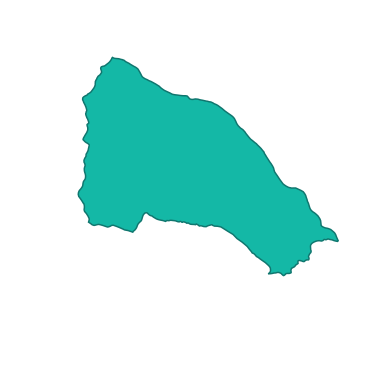 Cabrera, Santander, Colombia (Robinson projection), rotated 126°
{"feature_id": "7082276B49425072231481", "entity_name": "Cabrera", "entity_type": "district", "adm_level": 2, "iso_a3": "COL", "parent_name": "Colombia", "parent_adm1": "Santander", "projection": "robinson", "projection_center": [-73.249, 6.569], "detail": "fine", "context": "isolated", "style": "filled", "palette": "teal", "viewbox_px": 384, "rotation_deg": 126, "n_neighbors": 0, "source": "geoboundaries", "source_scale": "gbopen_adm2", "svg_char_len": 6035}
<svg xmlns="http://www.w3.org/2000/svg" viewBox="0 0 384 384"><g transform="rotate(126 192 192)"><path d="M145.5,45.1L143.6,48.4L142.0,50.8L141.2,52.8L141.0,54.8L140.8,57.7L141.4,60.1L142.0,61.6L142.7,63.0L143.2,64.9L143.4,66.9L143.1,67.9L142.1,68.8L139.6,71.1L138.5,72.9L137.3,76.1L137.0,78.6L136.9,80.5L137.0,82.7L136.8,84.7L136.0,86.8L134.4,89.0L132.7,91.2L131.7,93.1L130.5,94.5L129.2,96.4L127.9,98.1L127.0,100.2L126.4,102.2L126.7,104.9L127.8,110.4L129.0,112.1L130.2,113.6L131.5,116.5L131.9,119.1L132.0,121.4L131.9,123.3L130.1,128.9L128.8,132.3L127.9,134.9L127.2,136.9L126.1,138.4L124.6,140.2L123.6,142.2L122.6,144.7L121.9,146.9L120.5,150.5L119.3,153.6L119.2,153.6L118.2,156.2L117.4,157.2L116.8,159.6L116.2,161.8L115.8,164.2L115.5,166.5L115.1,168.3L115.1,169.9L114.9,172.8L114.8,175.7L114.3,177.9L112.9,183.0L112.4,184.1L111.7,187.3L111.7,189.2L111.8,190.3L111.5,192.1L111.2,193.8L110.3,196.1L109.1,198.1L107.7,200.8L107.3,202.2L107.1,203.4L107.0,204.7L107.1,209.8L107.1,213.1L106.8,216.8L106.8,219.4L106.8,222.1L107.0,223.7L107.6,226.2L107.6,227.3L108.1,229.7L108.8,230.9L109.5,232.8L110.1,233.9L111.5,237.2L112.7,239.7L112.9,240.3L113.4,241.7L114.7,243.9L115.6,244.8L116.3,245.4L116.8,246.0L117.2,246.6L117.6,247.3L117.9,248.2L117.9,249.0L117.6,250.3L117.3,251.6L117.2,252.4L118.0,253.9L118.9,255.1L119.8,256.5L120.9,258.4L122.1,260.7L123.3,262.8L124.2,264.7L124.6,265.9L124.8,267.8L125.4,270.7L126.0,273.8L126.1,275.6L126.1,277.3L126.0,279.1L125.7,280.4L125.8,281.8L126.0,284.9L126.2,286.3L126.3,287.3L126.7,290.2L127.2,292.1L127.5,294.4L128.0,296.6L128.1,299.1L128.0,300.0L127.7,300.8L126.2,303.7L125.5,305.2L124.8,306.8L124.4,307.7L124.2,308.6L124.2,311.0L124.5,312.8L124.9,316.9L124.9,318.4L125.5,322.0L125.4,324.8L125.8,325.5L125.9,326.3L126.5,327.5L126.9,328.7L127.4,329.9L128.1,331.0L129.2,332.9L129.7,334.1L129.8,335.1L129.8,335.4L130.2,335.5L130.6,335.5L131.1,335.4L131.9,335.2L133.7,335.1L134.8,335.1L136.2,335.3L137.7,335.7L139.0,336.1L140.1,336.4L141.0,336.7L141.8,337.1L142.3,337.7L143.2,338.4L144.0,338.9L144.8,338.9L145.3,338.7L145.7,338.5L146.1,338.1L147.4,336.3L148.5,335.4L151.2,335.3L153.6,336.0L155.8,335.8L157.1,335.4L157.8,335.5L158.4,335.3L159.3,335.2L160.1,334.6L160.6,334.4L162.3,333.2L164.1,332.7L165.5,332.5L167.8,332.5L168.9,332.5L170.8,332.6L172.7,333.2L173.4,333.6L174.1,333.9L174.8,333.9L175.6,334.0L176.0,334.3L177.0,334.9L178.9,335.6L179.8,335.7L180.5,335.5L181.1,335.0L181.7,334.7L181.9,334.2L182.3,333.4L182.8,332.8L183.3,332.0L184.5,329.6L185.8,327.5L186.5,326.6L187.6,325.3L188.2,324.9L189.1,324.8L190.2,324.3L191.0,324.1L192.0,323.2L193.7,320.7L194.2,319.5L194.9,318.5L195.9,317.0L196.9,316.1L197.4,316.1L198.7,316.5L199.2,316.5L200.1,315.7L201.1,314.3L202.6,313.1L203.7,312.6L205.1,312.3L205.7,312.1L207.4,312.0L208.7,311.9L212.2,311.5L213.4,311.1L213.8,310.6L213.8,309.9L214.0,309.2L214.2,307.9L214.2,306.5L214.0,305.1L214.1,303.1L214.6,302.6L217.7,301.3L219.4,300.5L222.0,300.0L223.6,299.9L225.6,298.7L227.7,298.6L228.9,298.3L229.9,298.0L231.3,296.9L232.1,295.4L232.7,294.7L233.7,293.8L235.0,293.5L236.4,292.9L237.8,291.8L238.7,290.9L240.1,289.0L241.0,288.0L242.3,287.0L243.6,286.3L244.6,286.0L247.2,286.0L249.0,285.3L250.0,284.7L251.5,284.0L253.0,283.8L254.8,283.8L257.1,284.0L259.0,283.6L260.7,282.7L262.1,281.1L263.4,277.2L264.3,274.8L264.8,273.8L265.2,272.4L266.0,271.4L267.4,270.2L268.8,269.4L269.4,269.1L270.2,268.4L270.9,267.4L271.5,264.8L272.0,263.5L272.7,261.8L273.4,260.6L273.8,259.8L274.5,259.1L276.0,258.4L277.2,258.0L277.1,255.4L277.2,253.5L276.6,251.6L275.5,250.6L274.2,249.6L273.0,248.4L272.2,246.5L271.4,244.3L270.7,242.0L270.0,239.8L269.1,238.9L267.7,238.0L266.3,237.4L265.2,236.3L264.2,233.0L263.5,230.3L262.6,226.2L262.3,224.3L260.7,220.9L259.3,216.3L258.2,216.4L256.6,215.9L254.9,215.8L253.4,215.9L250.1,216.8L247.7,216.7L245.5,216.2L244.3,216.3L242.9,216.8L241.2,217.4L239.6,217.9L237.8,217.9L236.7,217.7L236.0,217.1L235.4,216.4L235.3,215.8L235.4,215.2L235.6,213.5L235.6,212.5L235.4,211.5L235.1,210.7L234.9,210.2L234.9,209.7L235.0,208.7L234.7,205.2L234.4,203.9L233.7,202.0L232.7,199.8L232.1,198.5L231.3,196.1L229.9,195.6L228.7,193.7L227.9,193.2L227.2,192.3L225.5,189.3L225.0,188.3L224.4,186.1L223.7,184.8L222.8,184.4L222.4,183.5L222.4,182.4L222.1,181.9L221.7,181.8L220.9,181.0L220.5,179.6L220.3,178.6L220.3,177.8L219.6,177.2L219.2,176.5L219.2,175.8L219.1,174.9L218.8,174.0L217.9,172.5L217.4,171.8L216.8,170.9L216.6,170.2L216.3,169.9L215.4,169.8L215.1,168.0L215.2,166.4L215.1,165.9L214.5,165.5L213.8,164.4L213.0,162.1L212.1,160.7L211.4,159.9L210.6,159.7L209.7,159.1L207.7,157.5L206.8,156.7L206.8,155.5L206.4,153.8L204.7,151.2L203.3,148.2L203.1,145.9L202.7,139.7L202.2,133.9L203.2,128.2L203.1,122.0L203.4,117.4L203.6,115.2L204.6,112.0L205.3,109.0L205.9,107.5L205.5,105.6L205.8,103.7L206.3,102.0L206.2,101.2L206.0,99.8L206.1,98.2L206.1,95.4L206.0,91.2L206.5,86.7L206.9,85.1L207.5,83.9L209.3,82.3L210.7,81.8L211.7,81.8L212.9,82.1L213.1,81.9L212.0,80.5L210.6,79.1L209.3,78.0L208.8,77.4L208.2,76.6L207.4,76.1L206.9,75.6L206.5,75.1L206.0,74.3L205.7,73.1L205.5,72.1L205.7,71.2L205.8,70.1L205.9,69.4L205.8,68.8L205.4,68.5L204.5,68.2L203.7,68.1L202.9,68.0L202.3,67.5L201.8,67.0L201.4,66.4L200.5,65.2L200.0,64.9L199.0,64.4L198.0,65.2L197.6,65.7L196.6,66.2L195.8,66.5L195.2,66.6L194.7,66.3L193.5,65.8L192.6,65.3L191.9,65.1L191.0,65.1L189.6,65.0L188.4,64.5L187.5,64.2L186.9,64.7L186.4,65.2L185.7,65.6L184.9,65.5L183.9,64.4L183.7,63.5L183.3,62.8L183.2,62.0L182.7,60.8L182.2,60.3L181.6,60.2L181.0,60.1L179.6,59.4L179.0,58.7L178.7,58.1L178.3,57.8L177.6,57.9L176.8,58.4L176.2,59.2L175.7,59.8L175.1,60.1L174.2,60.2L173.4,60.4L172.9,60.4L171.8,60.4L171.3,60.3L170.4,60.5L169.5,61.2L169.0,62.0L167.9,62.9L167.2,63.5L166.2,64.3L165.2,64.8L164.0,64.9L162.7,64.7L161.9,64.4L160.6,63.8L158.7,62.6L158.1,62.1L157.4,61.4L156.7,60.6L156.1,59.5L155.6,58.5L154.9,57.9L154.2,57.5L153.6,57.4L152.9,57.3L152.5,56.9L152.3,56.4L152.0,55.8L151.6,55.3L150.3,54.6L149.8,53.9L149.3,52.4L148.3,50.4L147.9,48.6L147.0,46.4L146.4,45.2L145.5,45.1Z" fill="#14b8a6" stroke="#0f766e" stroke-width="1.5"/></g></svg>